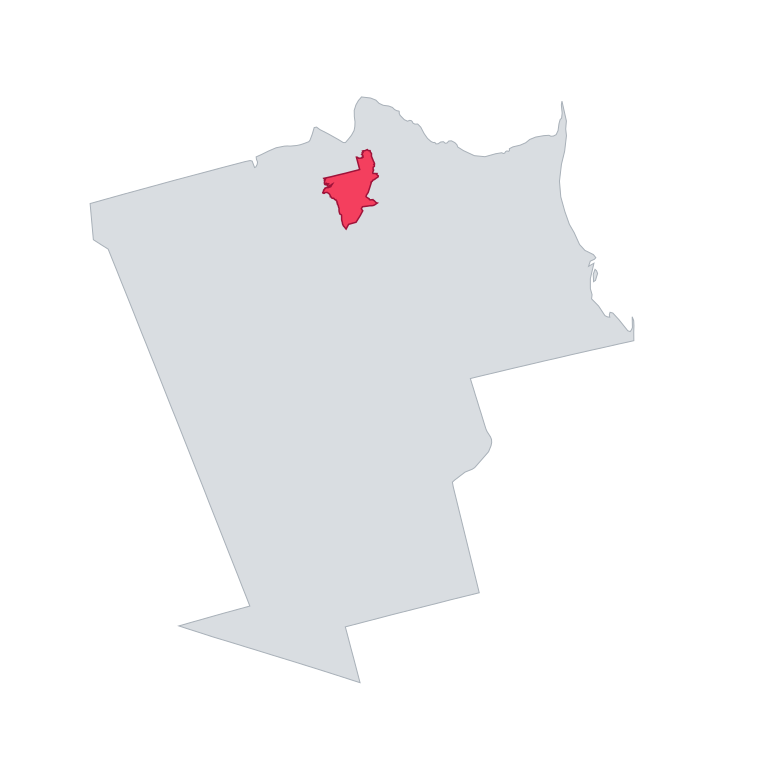 Kiffa, Assaba, Mauritania (highlighted), rotated 166°
{"feature_id": "47542326B84598403271907", "entity_name": "Kiffa", "entity_type": "district", "adm_level": 2, "iso_a3": "MRT", "parent_name": "Mauritania", "parent_adm1": "Assaba", "projection": "albers", "projection_center": [-11.344, 16.693], "detail": "fine", "context": "in_parent", "style": "filled", "palette": "rose", "viewbox_px": 768, "rotation_deg": 166, "n_neighbors": 0, "source": "geoboundaries", "source_scale": "gbopen_adm2", "svg_char_len": 6138}
<svg xmlns="http://www.w3.org/2000/svg" viewBox="0 0 768 768"><g transform="rotate(166 384 384)"><path d="M328.8,665.1L327.8,664.7L323.2,661.4L320.9,657.5L317.3,654.6L312.2,652.6L308.9,650.3L307.4,647.8L305.5,646.1L303.5,645.2L303.3,644.3L303.8,643.1L303.4,640.8L300.4,635.6L297.6,633.3L295.3,633.6L293.9,633.0L293.1,631.8L292.8,630.2L291.2,628.7L288.4,628.1L286.2,624.3L284.5,617.3L282.4,611.8L279.7,607.9L277.8,606.4L276.3,606.1L275.9,605.5L275.5,604.4L273.4,604.0L270.4,605.1L267.7,604.7L266.4,602.8L264.6,602.6L262.3,604.1L259.7,603.6L256.9,601.1L255.4,598.6L255.1,596.1L250.4,591.2L241.1,583.7L231.0,580.1L220.0,580.4L213.8,579.9L212.5,578.8L211.1,578.8L209.7,580.1L208.3,580.4L206.8,579.6L205.8,580.2L205.4,582.0L201.5,582.9L194.1,582.8L188.1,583.8L183.5,586.0L177.1,586.9L168.8,586.3L163.8,585.4L162.1,584.0L159.7,583.6L156.6,584.3L153.8,587.8L151.2,594.3L149.1,598.0L147.4,598.9L145.6,603.7L144.4,611.9L142.9,615.4L143.4,595.1L146.0,587.5L146.9,580.8L152.4,566.2L158.7,554.2L164.7,538.3L167.2,522.8L166.8,507.6L165.5,494.0L162.9,485.0L160.5,472.0L156.7,465.0L149.5,458.9L147.9,455.3L149.7,454.1L154.1,453.3L157.1,448.7L151.1,450.4L158.3,436.3L160.7,426.6L160.5,420.3L162.0,416.4L156.9,407.7L153.1,396.9L151.0,395.1L148.8,394.2L148.6,396.7L147.3,398.9L144.8,397.5L140.5,389.6L134.6,376.7L132.4,375.3L130.5,377.0L129.3,378.7L126.9,389.2L126.4,385.0L127.4,380.0L129.1,374.0L131.1,365.6L136.6,365.7L146.3,366.0L165.8,366.4L175.6,366.7L195.0,367.1L204.8,367.2L224.3,367.6L234.0,367.7L253.5,368.0L263.2,368.1L282.7,368.3L292.5,368.4L298.9,368.4L298.6,362.4L298.3,357.6L298.0,351.2L297.6,344.8L297.3,338.4L296.9,332.4L296.6,326.5L296.3,320.9L296.0,315.8L295.5,312.9L293.5,307.0L293.1,304.1L293.7,301.1L295.1,298.2L298.9,293.0L304.6,289.0L311.2,284.4L316.3,280.9L318.9,280.0L326.7,278.9L332.9,276.2L338.9,273.6L341.4,272.2L341.7,267.3L342.1,158.4L371.5,158.5L379.2,158.4L433.2,158.2L441.0,158.1L480.3,157.7L480.2,152.6L480.1,145.3L480.0,135.2L479.8,125.1L479.6,107.4L479.5,100.0L487.3,104.8L502.9,114.5L510.7,119.3L526.4,128.9L542.2,138.5L558.0,148.0L565.9,152.8L573.8,157.6L581.7,162.3L589.6,167.1L605.5,176.6L612.2,180.6L622.4,187.0L632.0,192.9L641.6,198.9L627.1,199.4L607.6,200.0L594.3,200.4L580.6,200.7L567.9,201.0L569.2,211.3L570.7,222.4L572.1,233.6L573.6,244.8L575.1,256.0L579.5,289.5L581.0,300.7L582.5,312.0L583.9,323.2L585.4,334.4L588.4,356.8L589.9,368.1L591.4,379.3L592.9,390.6L594.4,401.8L596.0,413.0L599.0,435.6L600.5,446.8L602.0,458.1L603.6,469.3L605.1,480.6L606.7,491.8L608.2,503.1L609.7,514.4L612.8,536.9L614.4,548.2L615.9,559.4L617.5,570.7L619.0,581.6L624.4,587.2L631.1,594.3L629.5,604.6L627.6,616.8L625.5,630.2L607.3,630.7L589.4,631.2L544.8,632.2L535.8,632.4L491.1,633.1L482.2,633.2L464.9,633.4L459.8,633.2L458.0,632.2L457.2,625.3L455.7,625.7L453.9,627.8L453.0,630.0L453.4,632.9L453.1,635.3L447.4,636.3L439.6,638.0L431.5,639.3L423.2,638.9L420.4,638.4L417.4,637.5L410.8,636.5L407.3,636.4L403.2,636.7L398.3,637.3L396.8,638.5L393.2,643.7L389.7,649.7L387.3,649.6L384.7,646.4L377.6,640.2L369.0,632.1L365.1,628.1L363.0,627.6L358.9,630.5L355.4,633.2L351.7,637.2L350.0,640.9L348.7,645.4L348.1,650.6L346.7,656.7L343.7,661.6L340.2,665.3L337.5,667.1L336.5,668.0L328.8,665.1ZM154.4,439.9L151.5,444.2L150.4,442.5L150.0,439.6L152.5,435.5L153.7,433.4L155.9,432.6L154.4,439.9Z" fill="#d9dde1" stroke="#a8b0b8" stroke-width="1"/><path d="M340.9,608.7L340.4,610.6L340.5,611.0L341.1,612.3L341.0,613.6L341.2,613.9L341.3,613.9L342.2,614.0L343.1,614.7L343.5,615.5L344.9,615.2L346.3,615.0L347.7,615.3L348.5,615.2L348.1,614.0L348.6,613.5L349.4,613.5L349.4,612.9L349.3,612.4L350.1,611.9L349.6,611.5L349.2,610.8L349.5,609.9L349.3,609.3L349.7,609.1L349.8,609.6L350.5,609.4L350.9,608.7L352.0,608.8L354.1,609.2L354.6,610.1L355.4,610.7L355.9,610.8L355.7,598.0L357.6,597.9L364.3,597.9L370.2,597.8L376.9,597.9L384.9,597.9L392.4,598.1L392.7,598.1L392.2,597.0L391.7,597.0L391.2,597.1L391.9,596.5L391.1,596.1L391.5,596.2L392.2,596.2L392.6,596.0L392.7,595.5L392.6,595.1L392.8,594.3L393.1,594.0L393.3,593.1L393.0,592.5L391.9,592.8L392.2,592.7L393.2,592.1L393.0,591.7L392.3,591.4L392.0,591.5L391.6,591.6L391.2,592.5L390.6,592.0L389.5,591.7L389.8,591.4L390.9,591.6L391.4,591.4L391.1,590.5L390.7,590.6L390.7,590.1L390.5,589.3L389.3,589.3L388.9,589.6L388.8,589.0L388.1,589.3L387.8,589.4L387.1,590.1L385.7,590.5L386.2,590.0L386.7,589.8L387.2,589.2L387.8,588.4L388.4,588.3L389.1,588.1L389.8,588.5L390.5,588.1L390.9,588.0L391.7,588.5L392.1,588.6L392.6,588.5L393.3,588.0L393.6,587.9L393.7,588.1L393.8,588.3L395.4,586.8L395.5,586.8L395.5,586.4L395.6,586.2L396.2,585.9L396.6,584.5L397.7,584.6L396.9,584.1L396.2,583.5L395.7,583.5L395.2,584.0L393.9,583.8L392.9,583.7L391.7,582.4L390.9,581.3L390.7,580.3L390.5,579.7L390.8,578.7L390.0,578.2L389.9,577.5L389.3,576.7L388.2,576.5L387.9,576.4L387.8,576.2L387.7,575.9L387.5,575.6L387.4,575.2L386.9,574.7L386.5,574.4L386.2,574.4L386.2,574.0L386.1,573.7L385.8,573.2L385.7,573.1L385.6,572.7L385.5,572.4L385.5,572.1L385.8,571.1L385.6,570.8L385.4,570.7L385.7,569.4L385.2,568.5L385.3,567.5L385.3,567.4L385.3,566.4L385.1,565.3L385.5,564.0L385.8,562.3L385.8,560.8L385.7,559.6L384.4,558.5L384.4,557.8L384.9,555.6L385.4,553.5L385.4,551.9L385.3,551.0L385.4,550.2L385.5,549.3L385.3,548.2L385.1,547.2L384.2,545.5L383.7,544.3L383.3,543.5L379.7,547.5L372.0,547.7L366.2,553.3L364.7,555.0L362.7,557.2L363.4,558.9L363.6,559.5L362.0,561.2L357.0,560.6L354.5,560.4L352.9,560.0L351.6,559.8L350.7,559.9L349.9,560.0L346.7,561.2L347.4,561.6L348.0,562.3L349.3,564.5L349.9,564.8L350.1,565.6L350.9,565.7L352.8,566.0L353.0,566.0L353.6,566.6L353.6,567.4L354.9,568.6L355.8,569.6L356.1,570.2L355.4,571.5L354.3,572.5L353.0,573.7L347.6,582.5L347.8,582.9L347.5,583.2L346.4,583.5L346.0,583.9L345.8,584.3L345.3,584.5L344.9,584.5L344.5,584.5L343.9,584.9L343.0,585.0L342.7,585.2L342.3,585.4L341.3,585.8L340.5,586.0L339.6,586.4L339.5,586.7L339.3,587.0L339.2,587.4L339.6,587.9L340.6,589.4L340.0,589.9L343.8,591.0L343.7,592.1L342.7,593.7L342.3,594.1L342.7,594.6L342.5,595.4L342.0,597.0L340.7,597.5L340.4,598.7L340.7,599.5L339.9,599.8L340.0,601.0L340.1,601.8L340.4,602.9L340.5,604.0L341.1,608.2L340.9,608.7Z" fill="#f43f5e" stroke="#9f1239" stroke-width="1.5"/></g></svg>